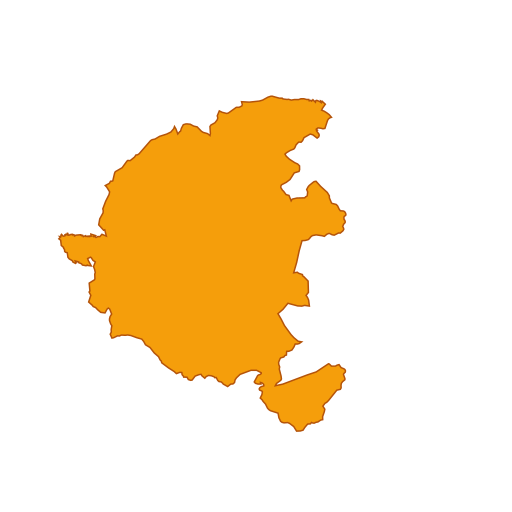 Mixtla de Altamirano, Veracruz, Mexico, rotated 133°
{"feature_id": "50627088B84578837711437", "entity_name": "Mixtla de Altamirano", "entity_type": "district", "adm_level": 2, "iso_a3": "MEX", "parent_name": "Mexico", "parent_adm1": "Veracruz", "projection": "natural_earth1", "projection_center": [-96.977, 18.601], "detail": "fine", "context": "isolated", "style": "filled", "palette": "amber", "viewbox_px": 512, "rotation_deg": 133, "n_neighbors": 0, "source": "geoboundaries", "source_scale": "gbopen_adm2", "svg_char_len": 6158}
<svg xmlns="http://www.w3.org/2000/svg" viewBox="0 0 512 512"><g transform="rotate(133 256 256)"><path d="M282.7,414.1L290.3,416.4L291.9,415.9L298.7,412.0L299.7,412.5L300.5,413.4L302.9,412.8L307.3,414.3L307.4,412.2L308.9,406.8L311.2,405.4L318.5,403.3L326.0,400.2L327.0,398.7L328.7,397.3L335.4,395.6L340.5,392.3L341.1,385.0L340.0,384.5L343.5,379.0L345.2,383.5L348.3,383.4L349.6,384.9L351.6,385.7L351.4,386.9L352.5,387.7L352.6,388.2L350.6,387.5L352.6,391.7L354.0,390.1L355.1,391.6L355.4,391.1L356.8,392.7L356.6,392.9L357.8,393.9L357.4,394.5L359.6,395.5L359.1,396.8L359.9,397.2L359.6,397.8L360.3,398.4L360.1,398.8L363.2,401.6L365.2,402.4L364.9,403.4L364.6,403.3L365.4,405.1L365.7,405.0L365.6,405.3L367.2,406.6L367.7,406.5L368.8,407.4L367.8,409.1L368.0,409.4L369.1,408.5L369.2,409.3L369.7,409.2L370.0,409.9L370.3,409.7L370.8,410.2L371.4,409.5L372.7,410.2L373.0,410.7L372.8,413.0L373.7,412.9L375.0,411.9L375.6,412.7L375.6,411.9L377.9,411.9L377.7,409.6L381.1,405.6L381.0,402.6L381.5,402.1L381.9,400.4L383.1,399.1L383.2,398.0L382.3,396.3L385.2,392.7L385.5,390.6L384.7,387.2L385.3,385.8L384.5,382.9L383.6,382.9L382.9,384.8L381.3,381.7L381.9,381.4L380.7,378.3L381.0,376.8L379.0,373.6L377.8,373.3L377.9,372.9L375.6,369.7L373.7,375.5L372.7,377.4L369.7,376.2L369.6,375.3L370.4,372.2L369.9,369.5L374.5,367.6L376.0,364.7L377.8,362.2L379.2,361.6L382.5,358.3L383.5,357.9L389.6,359.5L394.9,353.6L396.2,353.5L397.4,350.0L403.8,347.0L403.7,342.1L404.0,340.6L403.1,338.1L403.3,335.0L403.1,331.1L400.6,327.6L396.4,328.7L394.8,328.5L394.6,326.8L396.9,322.0L399.8,321.4L402.0,320.2L403.2,319.0L404.8,315.9L405.3,313.9L408.5,311.8L410.4,309.9L412.6,309.3L414.3,305.4L412.9,304.4L408.8,302.8L407.7,301.4L405.6,300.5L403.2,297.6L401.3,296.0L399.5,293.3L397.1,287.6L394.7,282.9L395.1,279.8L396.3,276.3L395.2,271.1L396.3,264.3L396.1,258.6L397.4,255.3L397.4,253.7L398.4,252.1L397.5,243.7L396.3,237.1L396.3,234.0L393.1,232.4L391.8,230.8L393.2,229.1L393.4,227.1L393.9,226.3L391.7,223.8L392.5,221.2L391.5,219.0L390.3,218.1L385.3,218.6L381.7,216.8L380.0,215.5L380.5,213.8L380.3,210.1L378.1,210.2L375.8,209.3L374.1,207.1L372.9,204.2L373.1,203.1L372.0,202.2L373.1,199.1L373.1,197.5L371.8,195.5L371.8,193.5L372.0,192.6L370.8,187.7L366.9,187.1L365.3,185.6L363.2,185.4L360.9,186.8L358.4,187.2L353.4,186.9L343.0,181.7L339.2,177.6L337.8,172.6L338.4,172.0L339.7,172.1L341.4,173.1L342.5,173.2L349.3,171.4L349.5,169.6L348.3,167.2L346.3,165.1L345.4,166.5L344.7,165.0L344.6,163.3L345.0,162.3L345.7,161.7L348.0,163.1L349.7,163.4L351.1,163.0L351.6,161.9L350.8,159.8L350.9,158.8L353.2,157.2L357.0,156.0L357.0,153.5L357.5,151.6L357.8,148.1L359.4,143.9L359.6,142.1L359.3,140.0L355.9,132.7L358.7,128.9L360.1,125.3L359.9,123.5L358.9,121.7L356.2,119.2L355.5,117.2L355.0,112.1L356.4,106.9L353.8,104.3L351.3,102.8L348.1,103.4L343.7,103.6L341.6,101.7L339.9,101.9L339.4,100.5L338.5,99.4L336.7,98.7L335.1,97.5L331.9,96.8L330.2,95.6L328.1,97.7L323.2,99.9L321.1,101.2L320.2,104.7L316.6,105.1L314.9,104.5L312.3,104.4L299.0,105.4L296.0,103.4L294.4,103.8L292.6,105.6L291.0,106.7L288.9,107.0L285.9,106.6L285.0,107.4L283.1,111.1L282.3,111.6L280.1,111.5L279.0,112.2L278.4,113.5L278.5,114.7L279.6,117.7L278.8,121.2L280.6,122.3L282.4,122.8L285.1,125.7L285.0,128.7L285.4,129.5L299.7,132.9L308.0,137.4L331.4,149.0L337.7,153.4L335.2,154.1L330.0,153.1L328.6,153.5L326.7,155.8L322.8,161.9L321.0,163.0L319.8,165.4L318.3,167.0L314.9,168.3L313.8,168.5L310.9,166.8L309.1,167.0L307.7,166.2L305.2,168.3L304.7,168.5L303.3,167.0L300.2,165.6L296.7,166.2L293.6,167.3L292.3,165.8L290.6,164.7L287.7,164.1L289.6,167.1L289.9,172.6L289.6,176.8L287.5,187.7L285.1,194.3L283.2,200.6L276.6,199.9L268.8,200.4L264.1,191.5L261.4,188.3L259.0,186.8L256.2,182.8L252.4,187.4L251.2,190.1L250.7,192.5L246.9,192.8L238.8,200.8L238.5,206.9L238.7,208.5L237.9,209.4L239.6,213.1L239.7,214.7L242.6,217.0L233.1,221.8L222.5,228.1L213.4,232.8L211.2,230.7L208.5,229.0L207.2,228.8L204.2,229.0L202.5,228.6L201.3,227.7L199.5,226.4L196.1,221.5L195.0,219.4L191.7,219.0L190.0,218.2L189.3,217.5L188.6,214.9L187.4,213.0L182.8,211.3L181.8,210.0L178.3,209.6L176.6,210.0L176.0,210.8L175.2,212.8L172.9,213.6L170.9,213.6L170.2,214.0L169.3,215.4L169.3,216.4L167.9,218.0L166.8,218.5L165.2,218.1L164.5,218.4L163.6,219.6L163.1,221.5L163.5,222.8L165.4,225.2L165.0,227.2L163.7,230.5L163.6,232.5L165.6,236.2L165.7,237.0L163.5,241.9L162.0,243.4L160.9,247.2L161.0,256.2L160.4,263.1L161.9,264.2L163.2,264.5L168.2,265.2L169.8,265.1L172.8,264.3L173.9,261.9L176.9,259.7L177.7,259.6L179.0,260.1L180.2,260.0L185.7,265.6L189.7,268.3L191.7,267.9L189.2,273.2L190.6,275.9L189.8,280.1L189.9,281.4L189.0,284.6L187.9,285.5L186.6,285.9L181.5,284.1L176.8,283.3L169.1,284.7L164.8,282.2L163.1,283.0L160.4,285.6L160.3,288.3L161.3,291.2L162.4,297.6L162.4,302.0L161.7,304.3L159.6,304.1L155.6,303.0L152.0,301.3L150.4,301.4L147.4,302.5L144.5,302.5L143.5,302.4L142.0,300.6L139.9,300.6L136.7,301.6L129.8,299.5L128.6,297.0L128.1,291.7L126.0,291.4L124.5,292.2L123.9,293.2L123.2,297.1L122.1,296.9L122.3,298.3L121.9,298.5L120.0,298.0L118.3,295.7L117.3,293.8L115.7,292.6L107.9,296.2L106.2,296.5L104.4,296.1L103.1,295.4L102.7,298.9L103.0,301.8L103.6,304.9L104.6,307.5L102.3,308.2L97.7,308.8L97.7,312.9L98.1,312.7L98.5,314.4L99.4,313.2L99.6,314.8L100.7,317.7L101.5,318.2L103.0,317.4L102.9,320.5L103.2,320.3L103.6,321.2L104.8,321.0L105.1,322.4L106.2,322.9L105.5,324.1L107.0,325.7L108.4,328.3L110.4,330.4L112.5,331.5L115.5,334.7L117.9,336.5L119.2,339.1L120.3,340.0L122.2,342.6L122.8,343.7L122.7,344.5L124.6,346.5L128.1,353.2L129.0,354.1L131.7,355.6L137.5,357.5L140.5,359.3L148.1,365.9L153.0,371.8L154.6,369.3L155.9,368.7L158.7,369.7L160.7,371.8L170.2,373.7L171.7,374.6L174.0,378.8L174.9,381.8L180.0,379.9L180.6,378.7L181.7,377.7L183.2,377.2L186.6,376.9L190.9,378.3L192.7,378.0L197.5,372.9L199.3,371.8L199.5,374.8L201.6,378.9L202.0,380.9L201.7,387.1L203.5,390.2L204.5,394.0L206.4,396.5L207.3,397.4L209.5,398.7L213.4,397.7L216.2,396.3L217.1,396.6L220.1,396.4L217.7,401.2L216.9,403.9L219.0,403.0L223.4,402.8L227.8,404.5L234.2,408.1L239.3,409.6L241.8,411.3L243.5,411.8L261.0,411.2L262.9,411.7L264.0,412.7L266.5,412.3L272.1,413.1L273.5,414.9L274.6,415.1L282.7,414.1Z" fill="#f59e0b" stroke="#b45309" stroke-width="1.5"/></g></svg>